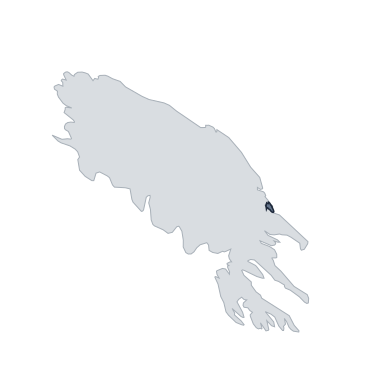 location of Sveitarfélagið Árborg, Suðurland, Iceland, rotated 225°
{"feature_id": "244011B44443724675216", "entity_name": "Sveitarfélagið Árborg", "entity_type": "district", "adm_level": 2, "iso_a3": "ISL", "parent_name": "Iceland", "parent_adm1": "Suðurland", "projection": "natural_earth1", "projection_center": [-20.988, 63.9], "detail": "fine", "context": "in_parent", "style": "filled", "palette": "slate", "viewbox_px": 384, "rotation_deg": 225, "n_neighbors": 0, "source": "geoboundaries", "source_scale": "gbopen_adm2", "svg_char_len": 5205}
<svg xmlns="http://www.w3.org/2000/svg" viewBox="0 0 384 384"><g transform="rotate(225 192 192)"><path d="M301.3,139.6L305.0,139.7L310.9,138.3L319.3,134.2L322.9,133.3L331.1,133.3L321.2,137.3L317.7,141.6L315.0,143.8L315.1,144.7L322.2,147.4L325.6,146.5L327.1,146.8L328.5,148.1L329.5,150.6L329.0,153.2L327.1,155.8L324.4,157.9L324.8,158.6L327.0,159.0L338.6,157.7L340.1,160.8L341.2,161.9L340.9,163.0L336.4,166.4L341.8,164.2L346.0,163.6L353.5,164.7L356.5,166.0L358.4,168.1L362.0,167.5L363.8,168.7L363.9,170.0L362.4,173.7L358.1,175.5L360.9,178.1L363.1,178.2L363.5,178.8L363.4,180.3L360.1,182.2L365.7,184.2L366.5,185.0L366.2,187.3L365.3,188.7L363.7,189.4L359.7,189.6L357.3,190.4L358.2,191.9L357.5,195.8L354.5,199.1L351.6,200.8L348.8,202.0L340.7,200.7L341.1,203.5L338.3,205.2L338.9,206.7L340.0,207.4L339.5,209.3L336.0,213.1L333.4,214.4L328.3,215.9L321.0,219.4L313.4,219.3L295.0,224.3L287.8,227.0L274.8,235.2L269.3,237.3L259.9,238.3L231.4,243.7L228.3,246.9L228.2,247.6L229.5,248.8L227.3,251.1L223.1,252.7L221.0,252.7L217.5,251.3L217.0,252.0L218.5,253.7L204.5,256.5L185.1,255.0L168.0,251.0L154.4,250.2L144.7,244.7L144.5,243.9L145.5,242.2L149.0,241.5L147.3,239.8L141.5,242.7L139.7,242.6L137.2,241.5L137.1,240.3L132.3,239.9L123.9,236.4L123.3,235.6L125.3,234.4L124.9,234.2L120.4,234.4L113.9,237.6L74.9,238.9L73.6,237.2L72.1,230.9L73.5,228.2L75.1,228.5L79.6,232.0L90.0,230.0L94.3,228.7L98.2,225.3L100.4,224.2L103.6,219.8L106.8,217.1L113.4,215.9L107.5,215.1L97.7,218.6L94.4,218.6L96.0,217.1L99.4,215.4L97.0,215.2L96.2,214.5L96.1,212.9L97.8,210.2L109.4,205.6L106.7,204.7L98.6,208.3L92.8,209.5L88.1,207.9L85.8,205.7L86.0,204.8L88.8,202.0L88.3,201.5L86.4,201.2L81.3,198.6L73.2,198.9L53.1,197.4L37.9,200.9L34.3,199.3L31.3,195.8L32.0,194.4L34.6,193.7L42.0,193.8L53.0,192.1L58.0,190.1L59.9,190.6L60.8,191.6L67.5,190.0L71.1,188.2L77.1,189.1L99.8,188.1L102.8,185.8L103.9,183.0L103.4,182.4L95.1,185.0L93.2,184.9L83.6,183.6L80.1,182.0L81.3,180.8L86.4,178.1L99.4,173.6L101.2,172.7L101.4,171.7L96.3,169.8L86.5,170.3L84.1,168.0L76.0,166.7L70.6,167.5L67.7,166.2L35.8,173.3L25.5,170.0L18.2,169.5L17.5,168.5L21.9,165.3L24.8,164.8L27.8,165.0L33.4,167.2L37.3,167.9L32.5,164.7L32.3,161.6L30.8,160.8L29.3,158.8L30.0,158.1L35.8,158.6L45.1,162.1L49.7,161.5L55.6,159.2L42.3,157.9L38.3,155.1L41.2,153.7L48.1,153.9L40.5,149.1L40.2,148.2L41.5,146.1L51.1,147.9L46.1,145.1L45.9,144.5L47.4,143.9L48.2,142.2L50.6,141.5L55.4,142.1L62.9,145.4L64.0,146.3L64.2,149.7L67.2,149.1L70.7,149.6L73.7,147.3L75.7,147.9L77.2,149.9L77.0,154.4L79.1,152.8L82.5,152.7L83.1,149.0L82.5,146.1L71.1,142.7L66.6,140.2L67.1,139.4L69.4,138.6L81.3,138.0L76.2,136.6L75.0,135.1L65.9,135.6L61.3,135.0L61.3,134.3L63.1,133.2L68.6,130.9L79.0,130.7L83.2,131.3L91.3,136.3L97.7,138.4L108.5,145.3L115.5,147.9L115.8,148.6L114.6,149.3L112.0,150.3L116.0,151.4L118.6,153.2L118.7,154.0L116.4,159.5L113.8,161.3L107.4,160.3L108.9,162.1L113.5,163.9L114.6,165.0L113.9,166.0L116.0,165.7L116.7,166.3L115.7,169.4L114.6,170.6L118.4,171.2L121.0,172.8L124.2,179.1L126.0,174.2L126.9,172.4L128.4,171.8L130.3,166.8L134.6,163.9L138.6,162.8L142.8,166.2L145.7,166.6L148.9,160.5L149.2,156.0L148.3,151.1L148.8,147.6L150.8,145.5L153.5,144.8L159.3,146.9L164.1,151.8L171.4,157.1L176.4,158.5L177.3,158.3L178.2,156.6L177.4,149.6L179.7,145.8L185.6,144.9L194.6,141.5L196.7,141.4L201.1,143.4L209.2,150.4L214.9,153.7L218.0,158.9L219.3,159.9L220.5,158.2L220.6,155.9L213.6,145.1L213.4,143.6L214.1,142.5L226.5,143.1L229.3,144.3L238.0,150.4L242.1,147.9L250.3,140.6L253.2,140.8L260.4,143.8L263.2,143.5L271.5,140.9L273.2,137.5L269.5,130.6L270.9,129.2L278.6,127.5L286.9,127.9L295.7,134.2L296.2,137.2L301.3,139.6Z" fill="#d9dde1" stroke="#a8b0b8" stroke-width="1"/><path d="M128.9,233.7L128.2,233.3L128.0,233.1L127.1,232.4L127.4,233.2L127.5,233.4L127.7,234.1L127.4,234.3L126.8,234.3L126.6,234.3L126.3,234.3L126.2,234.3L125.9,234.3L125.7,234.3L125.4,234.3L125.2,234.3L124.9,234.4L124.6,234.5L124.3,234.5L124.2,234.6L123.9,234.6L123.5,234.5L123.2,234.4L122.9,234.3L122.7,234.3L122.1,234.4L121.8,234.4L121.5,234.4L121.3,234.4L121.0,234.5L120.8,234.6L120.6,234.7L120.5,234.8L120.3,235.0L120.2,235.1L120.1,235.3L120.1,235.5L120.3,235.9L120.4,236.1L120.8,236.3L121.1,236.5L121.5,236.7L121.7,236.8L121.8,236.8L122.0,236.9L122.2,237.0L122.4,237.1L122.5,237.1L122.8,237.2L122.9,237.3L123.0,237.3L122.9,237.3L123.0,237.3L123.3,237.3L123.5,237.4L123.6,237.5L123.8,237.6L124.0,237.6L124.3,237.8L124.5,237.8L124.5,238.0L124.8,238.1L125.0,238.1L125.3,238.1L125.5,238.2L125.6,238.3L125.9,238.4L126.0,238.4L126.0,238.5L126.3,238.5L126.2,238.6L126.3,238.6L126.5,238.6L126.8,238.7L127.1,238.7L127.2,238.8L127.3,238.8L127.5,238.8L127.8,238.8L128.0,238.8L128.3,238.9L128.6,238.9L128.7,239.0L128.8,239.0L129.0,239.1L129.3,239.1L129.5,239.0L129.8,239.1L130.0,239.1L130.3,239.1L130.3,238.9L130.8,238.8L130.8,238.7L130.4,238.4L130.3,238.2L130.2,238.2L130.3,238.2L130.2,238.1L130.3,238.1L130.3,237.9L130.4,237.7L130.5,237.6L130.8,237.5L130.7,237.5L130.7,237.4L130.8,237.3L130.7,237.2L130.8,237.1L130.9,236.9L131.0,236.9L130.9,236.9L131.0,236.9L130.9,236.8L130.9,236.7L131.0,236.7L130.9,236.6L130.6,235.9L130.9,235.9L131.0,235.7L129.4,234.3L129.2,234.1L128.8,233.9L128.8,233.7L128.9,233.7Z" fill="#64748b" stroke="#1e293b" stroke-width="1.5"/></g></svg>